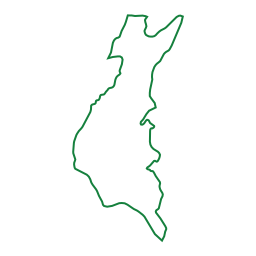 Los Rios, Albers equal-area conic projection
{"feature_id": "ECU-1281", "entity_name": "Los Rios", "entity_type": "Province", "adm_level": 1, "iso_a3": "ECU", "parent_name": "Ecuador", "parent_adm1": "", "projection": "albers", "projection_center": [-79.444, -1.349], "detail": "fine", "context": "isolated", "style": "outline", "palette": "green", "viewbox_px": 256, "rotation_deg": 0, "n_neighbors": 0, "source": "natural_earth", "source_scale": "10m", "svg_char_len": 2781}
<svg xmlns="http://www.w3.org/2000/svg" viewBox="0 0 256 256"><path d="M155.7,107.5L149.1,110.7L146.4,114.1L143.1,119.5L140.9,121.9L140.6,123.6L141.0,124.5L142.1,124.7L143.2,124.2L144.2,123.3L146.0,120.6L146.9,119.9L147.8,119.9L148.8,120.5L150.1,123.0L154.1,125.9L154.2,126.7L153.8,127.4L153.0,128.0L152.3,128.4L151.6,128.3L151.0,128.5L150.3,129.4L150.1,130.9L149.9,141.7L150.4,144.6L151.6,147.0L153.5,149.0L158.0,151.8L159.2,153.1L160.0,154.8L159.7,156.7L159.1,158.6L158.4,159.9L157.7,161.1L157.0,161.6L156.4,161.6L155.6,161.1L154.9,160.8L154.0,161.0L150.2,165.4L149.1,166.3L148.0,167.0L147.3,167.5L146.8,168.4L147.4,169.1L148.2,169.4L149.2,169.6L150.0,170.0L150.5,170.8L151.2,171.1L152.1,171.0L153.1,171.4L154.1,172.9L155.7,176.0L159.9,182.1L160.1,183.3L159.5,186.1L159.7,187.6L160.2,189.4L161.2,191.2L162.2,192.7L162.8,194.3L162.5,196.2L161.1,199.0L158.8,208.3L158.1,209.1L156.4,210.2L155.8,211.3L156.0,212.6L160.4,218.4L165.3,226.2L166.2,228.1L166.2,229.3L165.2,231.6L164.2,236.3L162.0,240.6L154.9,234.1L144.5,216.7L142.8,214.9L138.6,211.6L136.9,210.5L133.8,209.0L127.5,204.7L124.7,203.3L121.7,203.0L119.2,203.2L112.1,205.9L107.2,206.7L104.1,206.0L103.0,204.8L102.1,201.6L99.0,195.9L97.1,191.2L96.1,189.4L92.6,184.7L91.3,182.5L90.3,179.4L88.8,176.6L86.8,174.7L75.3,168.8L74.7,167.8L74.4,166.5L74.1,164.5L74.2,162.8L75.1,160.3L75.3,159.4L73.3,153.3L73.2,151.8L73.9,142.9L74.2,141.3L76.4,135.0L77.1,133.7L78.8,131.1L81.3,128.4L82.5,126.8L90.3,112.1L90.7,110.7L91.0,109.3L91.1,106.5L91.2,105.6L91.7,105.0L92.2,104.6L92.8,104.4L94.4,104.0L95.1,103.7L95.6,103.1L95.9,101.5L96.1,100.8L96.6,100.4L97.2,100.3L98.1,100.1L98.9,99.7L99.4,98.8L99.8,97.8L100.1,96.1L100.7,95.1L101.6,94.8L103.8,94.5L104.7,93.7L106.0,91.7L107.6,90.0L108.1,89.1L109.0,88.3L110.3,87.9L111.5,87.7L112.7,87.2L113.7,86.2L114.4,84.8L115.3,80.0L115.7,78.8L116.4,77.3L117.3,76.2L118.4,75.3L119.5,74.6L120.4,73.5L120.2,72.7L119.7,71.7L119.7,70.3L121.9,64.2L122.6,59.6L121.8,57.5L120.0,56.4L117.8,56.4L112.8,57.0L108.2,58.2L111.0,52.5L112.9,42.8L114.0,40.4L115.4,38.8L116.7,38.0L118.1,37.7L119.5,36.8L119.9,36.0L121.6,31.0L124.8,24.8L125.9,21.8L127.8,15.4L131.9,15.5L135.0,16.0L142.6,15.6L145.7,16.2L147.1,16.8L146.5,17.7L145.7,18.7L145.0,20.0L145.3,22.0L146.0,24.3L146.4,26.3L145.8,28.0L144.9,29.8L144.5,31.0L144.8,32.4L145.2,33.6L145.9,34.8L147.3,35.7L148.9,36.4L150.7,36.6L152.5,36.6L154.4,36.1L155.8,35.1L157.3,33.4L159.2,31.6L161.0,30.3L164.7,28.4L166.2,27.3L176.6,17.0L178.8,15.8L180.3,15.6L182.8,16.5L181.3,22.8L171.7,45.5L169.7,49.2L168.8,50.3L167.6,51.1L166.4,51.7L165.0,52.8L163.9,54.0L160.2,61.0L158.6,62.4L156.9,63.7L155.6,65.1L154.3,67.1L152.5,72.0L152.1,74.5L152.0,77.0L152.3,79.5L150.2,89.3L149.8,92.8L149.8,96.1L151.1,98.2L154.7,103.0L155.7,107.5Z" fill="none" stroke="#15803d" stroke-width="2"/></svg>